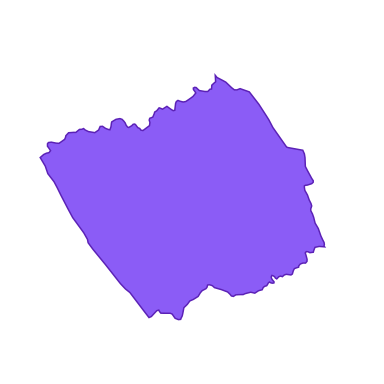 San Jacinto, Canelones, Uruguay (Robinson projection), rotated 233°
{"feature_id": "84410073B72021861156852", "entity_name": "San Jacinto", "entity_type": "district", "adm_level": 2, "iso_a3": "URY", "parent_name": "Uruguay", "parent_adm1": "Canelones", "projection": "robinson", "projection_center": [-55.825, -34.536], "detail": "fine", "context": "isolated", "style": "filled", "palette": "violet", "viewbox_px": 384, "rotation_deg": 233, "n_neighbors": 0, "source": "geoboundaries", "source_scale": "gbopen_adm2", "svg_char_len": 3058}
<svg xmlns="http://www.w3.org/2000/svg" viewBox="0 0 384 384"><g transform="rotate(233 192 192)"><path d="M208.0,297.2L221.8,298.2L237.5,298.0L245.6,292.6L246.5,289.4L248.1,287.3L251.5,286.4L259.4,285.1L262.3,283.8L268.4,280.9L271.2,280.8L268.8,279.2L265.8,277.2L265.7,274.9L265.4,272.1L262.5,269.6L263.3,268.1L263.0,266.5L262.8,265.0L264.5,262.8L268.6,258.9L270.8,258.5L272.9,258.2L274.0,257.1L274.2,255.6L272.9,254.8L270.7,254.8L268.8,254.6L267.7,250.3L267.8,245.5L268.0,241.5L269.2,239.1L271.8,237.0L273.6,235.9L273.7,234.0L272.7,232.3L269.7,229.4L267.6,227.4L268.3,225.9L271.2,224.8L275.5,223.5L275.9,218.3L277.6,217.4L279.0,216.4L278.1,212.7L278.3,210.3L277.2,208.9L275.4,205.7L276.3,202.6L275.2,201.1L272.8,200.2L270.6,198.0L270.6,192.0L270.6,189.8L272.2,188.4L274.2,188.5L275.9,187.5L277.7,187.4L279.1,187.5L280.7,187.2L281.5,185.8L281.2,183.8L281.6,180.3L282.6,179.6L285.0,179.6L287.4,180.2L289.6,180.2L292.1,179.9L294.0,178.6L295.8,175.0L296.3,170.1L295.6,169.2L293.0,166.7L291.1,163.9L292.3,162.8L294.9,161.2L298.3,160.1L299.6,158.1L298.9,156.8L297.7,154.8L297.9,150.1L299.9,148.2L302.5,145.7L305.8,144.0L307.9,143.6L308.4,141.7L309.7,139.8L309.5,135.1L310.9,133.3L313.6,129.1L312.9,125.2L311.7,123.8L310.7,122.0L310.9,115.1L312.8,112.9L316.5,109.6L317.9,107.1L317.5,105.6L315.5,104.1L313.4,104.1L310.1,103.9L309.5,101.4L310.6,99.1L311.2,96.2L310.9,91.5L301.0,90.4L293.4,87.9L283.2,88.0L276.3,86.9L268.5,85.4L253.7,82.9L243.3,81.3L235.4,81.2L224.5,81.0L217.0,80.0L214.0,78.5L206.0,78.4L186.1,79.2L161.9,79.7L154.6,80.5L149.1,81.9L125.4,82.0L117.6,82.1L117.0,84.6L117.6,87.9L118.4,92.5L117.7,94.4L116.1,94.1L114.0,94.2L112.3,96.3L108.2,101.7L106.4,102.7L104.1,102.6L101.3,102.5L98.2,104.4L97.1,106.3L97.7,107.2L98.9,109.6L100.6,111.6L104.5,115.9L105.1,120.7L106.3,124.7L105.4,128.4L104.9,134.0L106.5,138.0L107.1,140.8L106.4,145.0L106.9,146.7L108.3,148.4L107.6,149.9L106.4,150.9L104.9,151.9L102.1,152.4L96.4,156.7L90.7,160.3L87.6,160.8L85.3,160.9L83.7,162.2L83.5,165.1L81.8,167.7L79.2,171.3L79.0,172.8L78.1,175.1L76.6,178.6L73.4,181.3L73.1,185.8L71.7,189.2L72.9,191.5L72.9,193.4L72.2,195.2L72.7,196.7L73.4,198.1L73.5,199.7L71.8,200.4L70.5,201.7L70.1,202.8L71.0,203.5L72.3,203.4L74.0,203.4L75.7,203.7L76.5,204.2L77.3,205.6L76.1,206.5L74.5,207.0L73.1,206.8L71.6,207.4L71.8,208.7L72.1,210.3L71.5,212.2L70.0,213.2L70.2,215.9L69.5,217.8L66.2,221.1L66.1,222.8L68.2,225.6L69.2,227.7L68.5,230.0L67.8,231.9L68.8,232.9L69.3,235.2L68.5,237.8L66.9,239.9L67.4,242.1L69.0,243.4L72.4,244.8L75.2,245.8L75.6,247.4L74.5,248.7L72.6,249.6L70.9,252.6L72.1,254.2L73.8,256.9L72.0,260.8L68.4,264.9L69.4,264.9L70.4,266.1L72.2,267.1L75.2,267.6L79.4,268.5L86.9,270.9L93.1,271.6L98.5,273.9L102.0,275.0L105.5,275.6L107.0,276.6L108.8,279.2L111.2,280.1L115.1,280.8L120.1,282.4L125.4,283.1L128.2,284.6L129.3,285.5L129.1,286.6L128.1,288.3L126.6,292.6L126.8,294.6L128.0,295.6L130.9,295.8L139.7,297.1L144.2,297.9L151.4,302.9L154.8,304.7L158.7,305.6L160.3,304.1L169.6,295.5L171.0,294.6L194.9,295.4L203.3,296.8L208.0,297.2Z" fill="#8b5cf6" stroke="#5b21b6" stroke-width="1.5"/></g></svg>